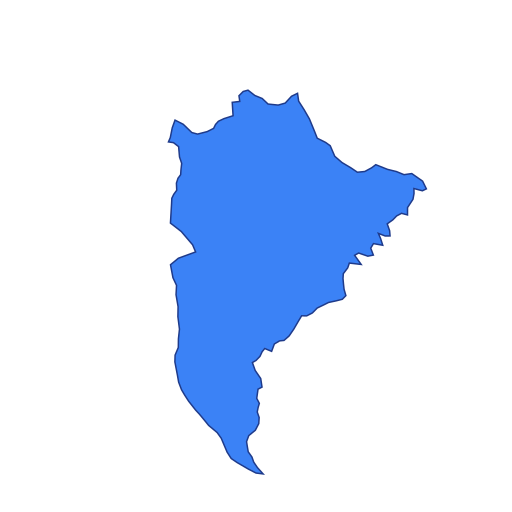 outline of Nova América, Goiás, Brazil, rotated 312°
{"feature_id": "56859067B62572535980819", "entity_name": "Nova América", "entity_type": "district", "adm_level": 2, "iso_a3": "BRA", "parent_name": "Brazil", "parent_adm1": "Goiás", "projection": "equal_earth", "projection_center": [-49.939, -15.045], "detail": "fine", "context": "isolated", "style": "filled", "palette": "blue", "viewbox_px": 512, "rotation_deg": 312, "n_neighbors": 0, "source": "geoboundaries", "source_scale": "gbopen_adm2", "svg_char_len": 2103}
<svg xmlns="http://www.w3.org/2000/svg" viewBox="0 0 512 512"><g transform="rotate(312 256 256)"><path d="M98.8,407.1L99.7,398.7L101.3,392.2L103.9,387.5L105.3,381.2L108.4,377.3L111.7,373.2L117.7,370.8L126.1,372.1L133.3,370.2L138.1,366.4L140.9,361.3L144.9,358.9L148.7,357.1L150.7,351.8L154.7,349.1L158.4,346.6L162.6,348.2L168.1,341.5L170.4,332.0L174.4,324.6L178.4,325.9L184.1,326.1L189.0,324.6L193.1,324.4L195.6,331.4L202.9,328.5L208.7,330.3L212.0,333.3L218.8,334.1L227.0,333.0L235.5,331.2L242.1,329.9L245.4,333.7L251.4,336.0L258.3,336.3L265.4,339.2L270.0,341.0L276.5,345.7L281.6,349.1L286.7,349.3L290.2,343.7L293.7,339.8L297.5,335.7L301.3,332.7L308.5,332.1L313.2,330.1L320.1,339.8L322.5,328.8L326.9,330.3L330.7,339.2L335.2,342.6L338.6,336.0L343.8,335.0L348.8,343.0L352.4,336.8L354.7,331.8L357.3,338.6L360.6,342.2L364.2,338.4L367.7,332.0L374.5,333.5L379.9,333.7L385.1,335.6L387.9,341.1L393.4,336.2L403.2,334.7L408.2,331.6L411.8,328.2L415.8,336.0L419.9,337.7L423.1,329.7L421.5,316.6L415.5,311.6L412.7,303.8L408.4,295.8L404.0,283.9L398.9,282.9L391.6,280.3L386.1,275.3L385.0,267.4L383.0,257.4L382.8,247.8L387.6,237.4L387.0,231.8L384.5,222.7L387.9,215.9L393.6,204.0L396.9,193.9L399.6,184.1L404.7,178.0L398.5,175.5L389.2,175.4L383.0,171.5L377.0,163.3L377.2,155.2L374.5,147.7L373.9,139.1L369.7,136.4L363.7,136.1L360.0,140.5L354.3,135.5L349.3,140.6L344.9,145.1L336.7,140.3L331.0,137.9L326.7,137.9L322.5,139.1L315.8,136.5L307.5,131.0L304.8,125.7L305.2,113.8L302.8,104.9L295.2,108.0L286.6,113.1L282.2,114.6L285.0,118.8L285.5,125.3L278.4,132.9L275.1,138.8L269.8,142.6L266.0,145.6L261.6,146.0L256.9,148.1L251.8,153.1L246.8,153.6L242.6,154.8L238.2,158.4L223.2,170.4L224.2,184.1L221.9,201.4L218.6,208.4L202.4,199.8L192.3,198.3L184.3,208.8L181.0,216.6L173.7,222.5L166.2,232.0L158.6,238.6L155.5,242.2L150.4,248.1L142.5,253.8L136.0,259.5L128.2,262.2L123.0,266.6L114.9,277.3L110.5,282.9L106.8,290.1L104.9,296.1L103.0,303.2L101.1,314.2L100.6,319.8L99.5,327.3L98.4,334.2L98.8,345.3L97.3,352.1L90.9,365.8L88.9,373.1L89.9,380.3L92.6,393.2L94.7,401.2L98.8,407.1Z" fill="#3b82f6" stroke="#1e3a8a" stroke-width="1.5"/></g></svg>